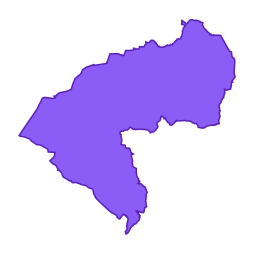 Takhli, Nakhon Sawan, Thailand (orthographic projection), rotated 88°
{"feature_id": "78962969B90565511373435", "entity_name": "Takhli", "entity_type": "district", "adm_level": 2, "iso_a3": "THA", "parent_name": "Thailand", "parent_adm1": "Nakhon Sawan", "projection": "orthographic", "projection_center": [100.411, 15.253], "detail": "fine", "context": "isolated", "style": "filled", "palette": "violet", "viewbox_px": 256, "rotation_deg": 88, "n_neighbors": 0, "source": "geoboundaries", "source_scale": "gbopen_adm2", "svg_char_len": 5787}
<svg xmlns="http://www.w3.org/2000/svg" viewBox="0 0 256 256"><g transform="rotate(88 128 128)"><path d="M233.9,133.6L232.6,131.5L230.2,130.1L228.1,129.0L226.4,127.4L225.5,126.1L224.5,125.9L224.0,123.4L222.0,122.1L221.0,120.4L219.7,120.1L219.4,119.9L218.4,120.0L218.1,119.7L218.2,119.4L217.9,119.2L216.5,119.7L216.3,119.0L216.0,119.0L215.0,120.1L214.3,120.4L214.3,121.2L213.7,121.2L213.3,120.5L212.6,120.9L212.7,121.6L212.2,121.7L212.5,121.8L212.4,122.1L211.5,122.8L211.4,122.5L211.7,122.0L211.3,121.5L211.8,120.6L211.6,120.0L212.0,119.8L212.2,119.0L212.7,118.3L212.6,117.8L212.9,117.2L212.5,116.8L213.2,116.0L213.0,115.3L211.4,114.7L208.2,114.2L208.2,113.3L207.0,112.0L206.4,112.4L202.1,112.7L200.9,113.0L199.3,112.5L195.0,112.1L193.0,111.1L187.5,113.0L187.4,113.5L186.8,114.0L186.9,114.7L186.7,115.0L185.7,115.2L185.4,116.1L184.4,116.7L184.1,117.2L184.0,117.5L184.3,118.3L183.9,118.6L184.0,119.5L183.7,119.5L183.6,119.9L183.3,119.5L183.6,119.2L183.2,119.1L183.2,118.9L182.3,119.0L182.5,118.7L182.1,118.2L181.9,118.4L181.3,118.4L180.6,119.6L179.3,119.2L177.6,120.4L176.3,120.9L172.5,121.3L168.7,121.1L166.9,124.4L166.5,124.7L165.7,124.8L164.9,124.5L163.8,124.9L162.5,125.1L160.9,124.5L157.2,125.4L155.1,125.7L154.2,123.6L153.7,124.5L152.1,126.2L150.6,126.3L148.5,127.0L148.1,127.6L148.4,127.8L148.2,128.6L148.5,128.8L148.5,129.5L147.7,130.4L147.3,131.3L145.6,131.4L144.9,131.7L145.0,132.5L144.7,134.2L144.4,134.5L144.4,135.0L143.9,135.3L144.0,135.6L143.6,135.8L142.0,134.9L141.8,135.1L139.9,134.5L139.4,134.8L138.2,134.7L136.2,135.3L134.3,135.2L134.2,135.9L132.8,136.1L131.2,135.8L131.1,134.5L130.6,133.7L131.1,132.7L130.0,131.6L129.9,128.6L128.9,127.2L127.8,126.6L127.2,125.7L129.6,122.8L129.3,122.1L129.5,122.0L129.8,120.6L129.6,116.2L130.3,109.9L130.7,108.1L132.2,106.8L132.9,105.9L133.6,105.8L133.1,104.9L132.6,102.3L131.2,100.8L131.0,100.2L130.2,100.0L128.7,98.5L127.4,98.1L126.3,98.6L125.2,98.7L124.7,99.0L124.0,99.0L121.5,95.7L120.5,95.2L117.5,94.5L117.3,94.0L118.6,92.2L120.0,91.8L120.0,91.2L119.4,90.6L119.4,90.2L119.8,90.1L120.4,90.2L123.7,88.2L123.7,87.8L125.1,86.2L126.1,86.3L126.8,84.9L126.5,83.8L125.8,83.2L125.4,82.5L124.8,82.2L124.6,81.6L124.1,81.0L123.5,80.9L123.0,79.5L122.2,79.4L122.1,78.9L122.5,78.2L122.7,76.5L122.5,70.3L122.7,70.1L123.1,69.1L122.9,67.9L123.7,64.7L124.2,64.1L124.8,63.8L125.1,63.1L125.1,62.4L126.0,61.6L125.9,59.6L127.8,58.2L129.8,57.8L130.8,53.5L130.4,52.0L130.5,51.4L130.0,51.0L129.7,50.3L129.3,50.2L128.7,48.7L128.5,46.7L128.2,46.2L128.3,44.9L128.0,43.9L128.3,43.1L128.0,42.6L128.2,42.0L127.8,41.6L128.0,41.1L127.7,40.6L128.0,40.3L127.8,39.8L127.5,39.9L126.9,39.1L127.2,37.7L127.1,37.0L126.9,36.8L126.2,36.7L125.4,37.1L123.3,36.9L119.4,35.6L117.3,36.1L115.8,36.1L114.0,35.3L113.5,35.9L111.2,35.7L110.7,36.2L109.7,36.4L109.2,35.9L107.7,35.9L105.4,34.0L104.6,34.0L103.1,33.0L102.0,32.7L101.0,31.3L100.4,31.5L99.1,30.9L98.5,31.0L96.3,30.0L96.1,30.4L94.6,30.0L92.7,30.2L93.0,29.9L93.0,29.3L93.8,27.6L93.3,27.1L92.8,25.6L93.0,25.2L92.7,24.2L88.4,23.0L88.0,23.3L86.3,23.1L85.7,21.8L84.8,22.6L83.4,21.3L82.5,20.8L81.1,19.2L76.3,20.0L65.6,19.0L62.6,19.2L61.7,20.2L61.6,20.7L60.8,21.2L58.1,21.9L56.8,21.8L55.6,22.0L55.3,22.3L54.9,23.7L54.3,24.2L38.8,32.1L38.6,32.3L38.3,36.5L38.3,39.5L37.9,39.6L38.3,41.2L37.0,41.9L37.6,42.7L36.3,43.3L34.0,45.7L33.0,46.3L30.9,48.4L29.9,49.0L28.9,49.2L27.8,50.1L25.4,49.5L24.6,52.4L24.0,52.3L22.9,55.2L22.7,56.1L23.0,56.3L22.9,56.7L23.1,56.8L23.0,57.7L22.4,58.7L22.1,59.8L22.1,61.9L23.5,63.6L26.2,65.7L24.6,67.3L22.4,70.4L22.9,70.6L23.3,70.5L26.3,70.8L26.4,69.8L27.5,67.1L30.1,69.2L32.2,69.7L32.8,70.2L33.7,70.4L34.9,70.1L37.4,71.0L40.9,72.8L40.7,74.4L40.9,75.9L42.0,76.2L42.1,76.7L42.4,77.1L44.4,79.0L45.3,80.3L46.0,80.5L46.3,81.0L45.9,82.6L46.5,83.1L47.0,84.0L46.4,85.4L46.6,86.3L47.1,86.4L47.2,87.3L47.5,87.5L47.6,88.0L48.0,88.3L48.2,89.6L48.5,90.0L48.3,91.1L48.5,92.5L48.3,93.0L47.5,93.6L47.7,94.6L47.3,95.4L46.9,95.3L45.8,95.9L45.2,96.3L44.8,97.1L44.3,96.9L43.1,97.7L43.2,98.1L42.9,98.4L42.1,98.8L41.8,99.4L41.4,99.4L41.1,101.2L41.3,101.6L41.3,102.0L41.8,102.1L41.8,102.3L42.0,102.4L42.0,102.8L42.9,103.2L43.3,104.0L43.3,105.3L43.0,105.9L43.1,106.5L42.6,107.3L44.8,107.3L45.6,108.2L47.4,109.3L47.5,109.8L47.1,111.2L47.4,111.6L47.4,112.5L47.1,113.7L49.0,114.1L49.4,114.6L49.5,115.5L49.2,116.5L49.2,118.4L48.6,118.5L48.4,119.1L48.5,119.7L49.9,119.8L50.5,120.1L50.5,127.6L55.5,129.8L55.3,131.8L54.6,131.8L54.2,134.1L53.7,134.5L53.4,135.2L53.3,143.5L60.3,146.1L61.7,146.4L61.7,146.9L62.7,146.8L64.3,159.7L63.4,159.8L65.8,167.5L68.0,171.2L68.6,171.6L71.1,172.6L72.8,173.8L74.1,175.9L77.0,179.3L83.1,182.0L87.5,183.4L89.4,188.8L90.3,194.5L90.7,195.8L92.5,198.2L93.2,198.2L93.6,200.9L95.2,199.7L95.9,201.3L94.5,210.1L95.2,212.6L99.5,214.7L100.9,215.7L105.8,218.1L126.0,233.0L131.7,237.0L132.4,236.3L133.3,231.9L135.7,226.3L136.8,225.4L137.8,225.0L138.7,223.4L141.6,219.6L141.7,216.7L142.3,215.4L146.5,208.8L149.2,208.6L149.8,202.0L153.8,202.6L158.1,207.2L161.5,204.0L162.6,201.5L166.8,199.4L167.7,199.7L167.8,198.5L168.1,198.3L168.0,198.0L169.5,197.0L169.5,196.6L170.8,195.6L173.4,195.2L173.4,194.9L174.8,194.4L177.3,190.3L178.9,188.4L178.7,186.4L179.9,186.4L180.8,185.2L180.6,183.7L180.8,183.3L180.6,183.1L180.7,181.1L181.4,180.4L181.5,179.5L182.0,178.1L182.3,178.0L182.6,177.5L184.2,171.7L185.7,170.2L186.7,168.6L187.8,165.6L190.1,164.8L192.1,164.7L196.8,162.6L199.7,160.0L209.4,150.4L211.8,147.7L213.2,145.1L215.0,142.4L216.5,141.8L216.9,142.0L217.2,141.5L218.3,140.6L218.6,139.9L218.4,139.2L214.1,135.8L214.4,135.1L214.7,135.1L215.1,134.1L215.0,133.6L215.8,133.5L215.9,133.1L216.3,132.8L216.2,132.5L217.0,132.3L217.2,131.8L217.6,131.9L218.1,131.2L218.8,131.0L224.9,132.6L225.6,132.5L226.2,132.8L227.1,132.5L229.0,132.5L230.5,133.3L231.3,134.3L233.9,133.6Z" fill="#8b5cf6" stroke="#5b21b6" stroke-width="1.5"/></g></svg>